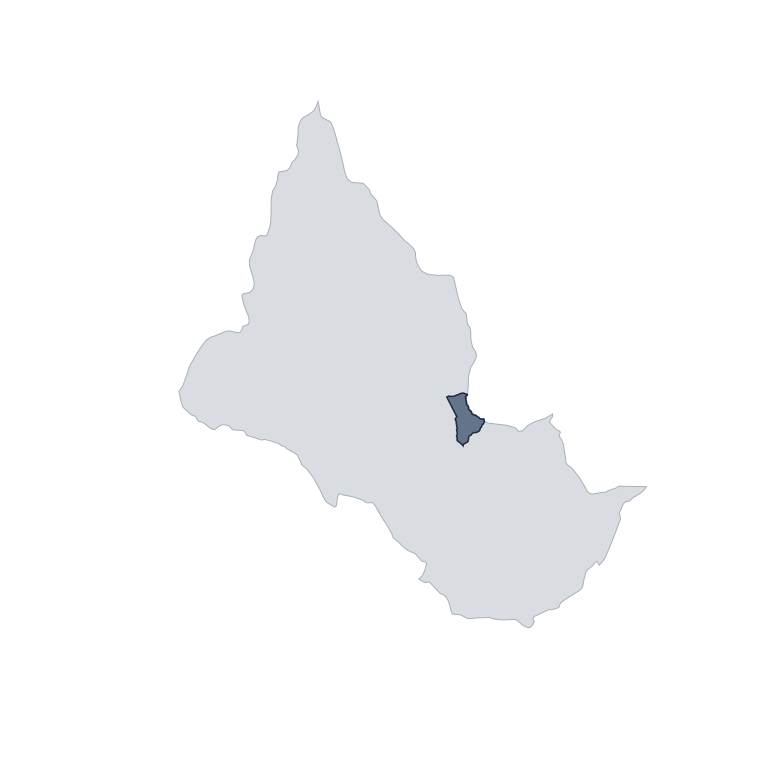 Djoukou, Kémo, Central African Republic shown in context, rotated 244°
{"feature_id": "33826404B12088014945622", "entity_name": "Djoukou", "entity_type": "district", "adm_level": 2, "iso_a3": "CAF", "parent_name": "Central African Republic", "parent_adm1": "Kémo", "projection": "albers", "projection_center": [19.458, 5.319], "detail": "fine", "context": "in_parent", "style": "filled", "palette": "slate", "viewbox_px": 768, "rotation_deg": 244, "n_neighbors": 0, "source": "geoboundaries", "source_scale": "gbopen_adm2", "svg_char_len": 6065}
<svg xmlns="http://www.w3.org/2000/svg" viewBox="0 0 768 768"><g transform="rotate(244 384 384)"><path d="M519.3,293.4L525.7,295.0L526.8,296.9L525.1,303.4L526.4,307.4L530.0,310.8L533.6,312.2L537.2,313.0L549.4,315.0L554.4,317.3L561.2,324.8L569.6,331.6L571.7,335.2L571.4,338.5L568.9,342.6L569.3,344.2L573.2,348.2L577.7,352.3L585.8,356.8L599.9,363.8L606.4,368.6L608.6,372.2L612.2,376.1L617.3,379.7L620.7,382.4L618.4,390.3L619.2,392.9L620.4,395.1L623.4,398.2L624.6,402.2L627.6,407.1L631.1,409.4L636.9,410.1L640.0,412.4L646.4,416.3L652.5,419.6L655.2,422.0L656.9,424.0L658.3,426.5L659.0,429.0L659.2,434.3L660.4,440.9L663.7,445.4L666.9,448.7L654.2,445.0L652.4,444.9L650.1,445.6L643.6,450.5L641.5,451.1L633.2,450.2L613.2,446.6L597.7,443.2L593.1,441.9L584.8,440.8L579.4,443.3L574.4,451.8L572.9,453.5L564.9,456.0L561.1,455.4L551.8,457.8L537.5,454.4L532.4,455.2L528.4,456.9L518.1,460.9L511.8,463.1L504.6,465.1L497.7,468.2L493.1,469.9L488.5,469.9L484.4,468.2L479.9,466.8L474.5,466.5L468.9,467.4L464.2,470.8L462.3,473.2L458.2,479.7L453.3,490.1L451.4,492.2L449.7,493.3L427.2,488.2L417.6,487.0L411.0,488.7L402.8,485.8L399.3,485.3L397.6,486.2L393.0,484.9L385.6,481.4L378.5,479.9L372.1,480.4L368.2,479.2L365.1,475.8L361.0,469.4L353.7,463.2L343.9,458.1L337.8,454.4L335.4,451.8L330.1,450.4L322.0,450.1L314.3,452.6L303.2,460.5L292.8,476.6L287.0,482.8L282.4,484.3L281.2,488.2L283.5,494.4L284.1,501.5L282.5,513.6L283.1,522.4L280.6,521.0L278.2,516.8L277.1,516.0L270.3,517.9L266.7,519.5L264.9,521.1L263.4,521.4L261.2,519.1L259.5,518.7L256.8,519.1L254.1,519.1L252.3,518.8L251.1,519.0L247.9,517.7L236.2,514.2L234.2,513.1L231.8,513.2L225.7,516.1L222.5,516.9L212.7,518.7L202.3,519.6L198.3,519.6L195.6,520.9L193.8,522.8L190.5,533.9L189.7,535.8L189.8,538.6L188.8,547.5L189.2,550.4L176.6,574.9L174.6,570.8L173.3,566.0L172.8,560.5L173.1,559.0L172.3,557.4L171.3,552.9L172.3,550.0L171.5,546.9L169.1,543.9L166.9,541.6L165.6,539.6L164.6,538.7L162.2,538.4L158.9,537.3L145.2,522.8L130.8,506.5L128.0,501.2L126.8,498.1L130.3,497.8L131.2,497.3L131.3,495.8L129.2,491.7L128.1,486.4L126.4,483.1L120.8,478.1L115.4,474.3L113.7,472.4L112.8,469.6L110.8,452.0L110.0,447.1L108.3,444.9L107.1,443.9L106.6,442.6L106.9,439.5L107.6,436.7L107.6,435.6L109.0,433.2L109.2,417.0L107.5,414.8L104.2,414.7L102.5,412.3L101.1,409.3L101.6,407.2L104.7,404.0L106.8,402.7L112.9,400.2L114.6,398.9L115.7,397.3L116.5,395.1L120.1,386.8L125.4,378.6L127.7,376.9L133.1,364.7L134.3,361.6L135.3,358.5L137.0,355.9L142.8,351.8L147.3,344.6L152.0,345.0L156.9,346.2L163.1,346.8L168.0,345.5L171.2,342.7L186.4,337.9L187.5,334.0L189.9,331.9L192.7,330.2L193.6,329.9L193.8,331.2L195.5,335.3L198.9,339.3L204.0,343.7L205.4,343.5L208.6,340.1L216.5,338.1L218.5,337.2L224.1,332.3L230.9,329.2L234.8,328.1L241.6,324.9L246.4,325.4L254.2,324.9L267.2,323.4L276.6,322.9L281.3,322.3L282.5,321.6L284.4,317.0L285.8,315.7L289.3,313.6L296.2,306.6L300.8,300.6L302.1,298.5L303.1,298.1L305.0,295.6L303.1,293.0L295.4,287.8L295.5,287.0L295.0,286.1L295.5,285.4L298.4,283.3L302.4,280.8L306.6,279.9L317.7,280.1L327.1,279.6L329.3,279.7L336.6,278.4L341.6,277.3L346.8,274.8L358.5,275.0L368.2,268.5L371.0,267.4L372.2,266.4L372.6,265.4L377.2,262.8L382.2,257.5L386.3,252.7L387.4,249.3L398.3,237.9L402.2,238.1L404.1,236.7L408.4,229.1L409.7,227.7L414.3,226.3L416.4,224.1L418.3,220.7L418.3,216.6L417.4,213.2L417.4,211.6L418.4,210.2L420.2,208.7L428.6,204.5L430.7,202.5L431.9,200.8L434.3,200.4L436.8,200.6L438.4,199.5L440.2,197.6L446.0,195.1L451.4,193.1L457.0,193.9L467.2,196.4L470.3,201.8L471.8,203.7L484.5,216.4L486.9,219.4L493.2,228.7L497.1,235.0L501.5,244.0L502.0,248.9L501.4,253.1L500.6,265.1L499.5,268.5L494.0,275.0L493.8,277.9L495.0,280.3L496.7,281.3L497.7,282.5L497.1,288.1L499.1,290.2L503.3,291.7L513.8,292.6L519.3,293.4Z" fill="#d9dde1" stroke="#a8b0b8" stroke-width="1"/><path d="M344.8,436.8L344.7,434.7L322.6,435.1L322.2,434.2L321.8,433.2L320.7,432.4L319.5,432.6L314.4,430.9L311.9,430.4L311.5,429.4L308.3,428.4L306.7,427.8L305.6,426.5L304.8,426.2L303.3,426.0L302.2,425.7L301.8,425.0L300.8,425.1L300.1,425.3L299.0,426.0L297.1,426.9L293.8,428.0L294.4,428.3L295.0,429.0L295.1,430.3L295.3,433.9L297.2,435.8L299.2,436.7L300.0,437.9L299.8,439.6L300.4,440.6L301.1,442.7L299.9,445.9L299.9,448.7L300.8,450.2L302.2,451.3L302.6,452.9L304.1,454.0L304.4,454.6L304.4,455.4L305.2,456.7L306.4,457.9L306.8,457.9L307.3,457.9L307.7,458.0L307.8,458.1L307.9,458.3L308.0,458.4L308.4,458.4L308.6,458.4L308.8,458.3L308.9,458.1L309.1,458.0L309.2,457.8L309.3,457.7L309.4,457.3L309.5,457.0L309.5,456.9L309.6,456.7L309.7,456.4L309.8,456.1L309.9,455.9L310.1,455.7L310.4,455.4L310.5,455.3L311.0,454.9L311.3,454.8L311.6,454.8L311.8,454.7L312.1,454.7L312.4,454.6L312.6,454.5L312.8,454.3L313.0,454.1L313.3,453.9L313.5,453.8L313.8,453.7L314.0,453.6L314.4,453.4L314.6,453.4L314.8,453.3L314.9,453.2L315.0,453.0L315.2,452.9L315.3,452.7L315.5,452.6L315.8,452.6L316.0,452.5L316.0,452.4L316.2,452.1L316.2,451.9L316.3,451.7L316.5,451.4L316.8,451.2L317.1,450.9L317.5,450.6L317.8,450.5L318.1,450.3L318.4,450.1L318.7,450.0L318.9,449.9L319.3,449.9L319.5,450.0L319.8,450.1L320.0,450.1L320.3,450.1L320.5,450.2L320.7,450.3L320.8,450.4L321.0,450.4L321.4,450.3L321.6,450.2L321.8,450.1L321.9,449.9L322.1,449.8L322.3,449.7L322.5,449.7L322.9,449.4L323.0,449.2L323.5,449.2L323.8,449.2L324.1,449.1L324.4,449.1L324.7,449.2L325.0,449.2L325.4,449.3L325.7,449.4L326.0,449.6L326.3,449.8L326.5,449.9L326.9,450.0L327.1,450.0L327.3,450.0L327.4,449.9L327.7,449.7L328.0,449.6L328.4,449.5L328.7,449.5L329.1,449.5L329.4,449.4L329.8,449.3L330.2,449.4L330.7,449.5L331.1,449.8L331.3,450.0L331.7,450.2L332.0,450.2L332.2,450.3L332.5,450.3L332.8,450.4L333.1,450.5L333.5,450.6L333.9,450.6L334.1,450.7L334.4,450.9L334.6,451.0L334.9,451.2L335.2,451.3L335.5,451.2L335.8,451.1L336.1,451.1L336.3,451.3L336.4,451.6L336.7,452.0L337.0,452.2L337.2,452.5L337.3,452.6L337.4,452.8L337.5,452.8L337.5,453.0L337.4,453.2L337.4,453.3L337.5,453.5L337.6,453.8L337.6,454.0L337.8,454.3L338.0,454.4L340.5,451.9L341.3,450.9L342.0,448.0L341.8,446.0L342.2,444.8L342.2,442.1L342.7,440.4L343.6,438.6L344.8,436.8Z" fill="#64748b" stroke="#1e293b" stroke-width="1.5"/></g></svg>